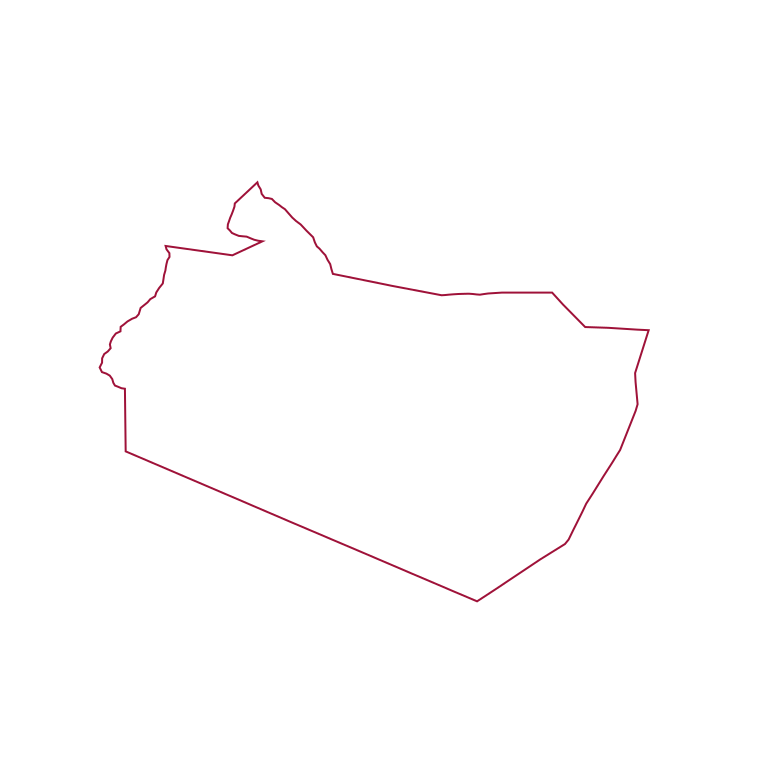 Jussara, Bahia, Brazil (Mercator projection), rotated 245°
{"feature_id": "56859067B73744776090893", "entity_name": "Jussara", "entity_type": "district", "adm_level": 2, "iso_a3": "BRA", "parent_name": "Brazil", "parent_adm1": "Bahia", "projection": "mercator", "projection_center": [-41.786, -10.94], "detail": "fine", "context": "isolated", "style": "outline", "palette": "rose", "viewbox_px": 768, "rotation_deg": 245, "n_neighbors": 0, "source": "geoboundaries", "source_scale": "gbopen_adm2", "svg_char_len": 1858}
<svg xmlns="http://www.w3.org/2000/svg" viewBox="0 0 768 768"><g transform="rotate(245 384 384)"><path d="M320.9,646.6L326.4,636.2L340.2,610.9L350.6,590.4L380.4,579.8L395.8,575.0L411.1,542.2L413.9,536.1L417.0,529.5L422.0,516.7L423.4,512.2L424.4,508.7L426.2,505.5L428.0,502.6L430.0,499.0L432.4,493.5L434.2,489.3L436.0,484.7L437.6,480.4L438.8,477.0L440.1,473.7L469.8,432.4L473.3,427.7L505.4,384.2L510.4,384.9L515.4,385.9L520.5,385.3L525.5,385.3L529.4,384.0L534.0,382.7L537.1,381.3L541.6,381.2L546.9,381.8L555.8,378.5L559.2,377.4L563.8,375.9L568.8,373.2L573.6,371.2L578.7,369.7L584.3,368.1L587.4,366.2L590.4,364.7L594.8,362.1L599.1,360.6L601.2,357.9L603.2,354.6L608.0,353.5L612.5,354.5L617.0,354.0L620.3,354.5L610.7,325.1L607.9,323.4L604.7,320.3L602.0,317.5L599.7,314.9L597.1,312.4L594.7,310.0L591.3,308.1L588.3,309.2L585.2,310.0L582.8,312.0L579.6,315.0L577.5,318.5L575.6,321.8L572.6,324.5L569.6,327.3L567.1,330.4L564.7,334.1L564.7,301.0L601.4,244.4L598.0,243.8L593.3,244.8L589.8,243.3L587.8,240.1L584.6,237.5L581.8,235.5L579.2,233.8L575.8,230.8L572.3,228.5L568.6,226.0L566.0,220.7L563.2,216.3L560.2,213.6L559.7,208.1L557.9,204.2L556.9,200.2L555.8,195.6L550.9,191.2L549.3,187.5L549.6,183.3L549.1,177.9L547.9,173.4L547.1,169.5L543.1,167.4L543.1,162.3L540.7,157.7L538.1,154.5L535.7,152.3L532.0,151.4L530.2,147.4L529.4,143.1L526.4,139.4L522.5,137.5L519.2,133.3L514.0,133.4L510.7,136.8L507.5,139.0L503.3,139.8L499.5,139.2L496.3,139.5L494.0,141.7L491.1,144.3L489.2,147.2L432.1,121.4L333.1,210.1L328.7,214.0L299.4,240.2L240.5,293.2L218.4,313.0L200.3,329.2L182.4,345.3L167.0,359.1L147.7,376.5L150.6,396.8L159.0,451.5L162.5,480.4L165.0,485.6L171.9,494.1L176.0,499.3L184.3,509.7L190.1,516.7L196.2,526.4L207.8,544.2L216.2,557.5L220.8,564.5L224.4,570.1L253.3,600.7L258.5,605.3L279.4,612.8L287.8,616.2L320.9,646.6Z" fill="none" stroke="#9f1239" stroke-width="2"/></g></svg>